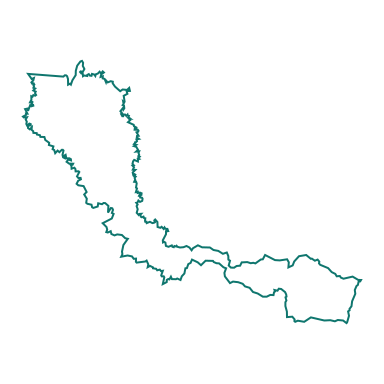 outline of Simacota, Santander, Colombia
{"feature_id": "7082276B23546148362682", "entity_name": "Simacota", "entity_type": "district", "adm_level": 2, "iso_a3": "COL", "parent_name": "Colombia", "parent_adm1": "Santander", "projection": "mercator", "projection_center": [-73.674, 6.657], "detail": "fine", "context": "isolated", "style": "outline", "palette": "teal", "viewbox_px": 384, "rotation_deg": 0, "n_neighbors": 0, "source": "geoboundaries", "source_scale": "gbopen_adm2", "svg_char_len": 5902}
<svg xmlns="http://www.w3.org/2000/svg" viewBox="0 0 384 384"><path d="M28.1,73.9L31.7,79.0L33.9,78.0L33.3,80.4L31.4,82.4L32.2,83.7L33.6,83.3L34.3,84.6L33.5,85.3L34.0,86.4L33.4,87.8L35.2,88.5L33.3,90.5L35.7,91.6L35.0,93.1L36.1,95.0L35.2,95.7L33.3,95.1L32.5,96.7L31.3,96.2L31.4,99.7L30.0,102.4L31.5,102.5L32.8,101.3L31.4,104.3L33.1,104.8L33.3,105.7L31.3,106.3L30.1,105.4L28.0,110.9L27.8,108.5L25.1,109.1L27.4,113.6L26.0,113.5L26.2,114.8L23.0,116.6L23.9,117.5L27.0,117.2L25.7,119.5L26.8,121.7L26.3,123.9L27.0,125.4L29.4,123.6L30.7,124.1L30.7,125.4L27.9,125.8L28.0,128.0L29.7,129.3L31.8,127.3L31.5,129.7L33.2,131.2L33.4,132.9L36.7,133.1L36.9,134.5L39.9,135.2L40.4,136.9L44.4,137.0L45.3,140.0L49.2,142.8L48.9,145.0L53.4,146.4L52.6,149.2L54.2,150.0L55.2,153.2L57.6,150.6L59.4,152.2L61.8,149.8L62.8,149.8L63.5,150.5L62.5,154.9L63.1,157.3L64.6,158.1L64.5,155.5L65.6,154.8L66.3,158.3L69.4,158.3L70.9,159.2L71.0,160.4L68.3,159.5L66.6,161.8L69.1,163.6L73.1,163.7L72.6,164.7L70.5,164.6L71.4,165.9L71.6,168.7L74.4,167.7L75.4,169.0L75.6,171.4L78.6,171.3L79.3,172.0L77.0,176.4L78.4,178.0L80.6,177.9L80.9,179.3L78.2,180.7L76.6,183.8L78.3,185.3L83.6,186.1L86.6,192.0L84.2,194.5L86.8,198.7L86.2,202.8L87.4,203.8L91.5,204.7L92.1,207.2L93.3,207.9L97.7,206.5L98.2,203.3L102.0,204.2L103.6,203.0L105.2,203.1L108.4,205.9L108.0,212.6L110.9,208.0L112.3,208.3L113.0,209.9L111.9,213.0L113.6,213.9L111.8,218.5L102.7,223.2L106.5,227.0L107.2,229.6L106.3,232.1L107.8,232.5L110.7,231.2L111.4,234.0L114.5,235.4L117.2,234.4L121.9,235.0L125.2,238.2L127.8,238.8L123.4,245.0L122.0,251.6L122.4,254.2L121.2,256.7L127.6,255.5L132.0,256.4L133.7,258.8L136.0,258.6L135.9,261.8L136.6,262.6L145.3,261.5L146.6,260.6L148.3,264.4L147.7,267.2L150.0,265.9L153.0,267.4L153.0,268.3L156.1,268.8L157.2,270.3L159.8,269.6L161.0,271.1L162.8,270.8L161.2,275.4L161.8,276.4L163.7,276.3L164.3,277.3L162.8,284.1L166.7,282.1L166.8,279.9L168.3,279.0L169.4,279.4L170.9,276.7L171.9,279.1L176.0,279.2L177.2,278.5L180.5,280.0L181.8,276.3L184.4,273.5L185.4,268.3L186.9,268.1L188.3,264.1L190.6,262.9L192.0,259.6L197.7,262.3L201.0,265.2L205.6,260.7L213.0,260.9L213.7,262.0L216.4,263.2L219.1,263.4L223.5,267.3L226.1,268.3L224.4,272.9L224.9,276.4L230.0,283.1L233.0,281.6L238.2,282.2L242.7,283.8L245.0,286.4L249.6,287.8L253.0,292.0L257.7,293.5L262.9,296.7L266.7,296.7L270.3,294.9L273.5,295.1L274.0,292.3L275.0,291.5L274.5,290.0L277.5,290.7L278.8,288.7L281.2,289.0L285.1,292.1L286.2,294.5L286.5,296.6L285.5,297.3L286.4,300.5L285.4,302.2L285.4,306.1L286.9,311.6L287.0,317.1L292.3,316.7L294.6,319.4L294.4,321.1L295.2,321.8L297.8,320.7L304.2,321.8L310.9,317.4L324.3,320.5L330.3,320.2L334.9,321.3L337.8,320.0L343.1,320.5L346.5,323.1L347.1,322.4L349.0,315.8L348.1,311.4L349.6,310.3L349.5,308.9L351.5,306.2L352.1,301.3L355.3,293.8L354.8,290.0L356.5,286.0L357.9,284.9L358.6,281.6L360.2,281.4L361.0,280.0L358.2,279.9L352.6,276.6L343.5,278.7L340.9,277.6L339.8,276.0L336.7,276.3L335.3,273.9L331.7,272.1L328.1,268.1L320.2,264.8L319.0,263.4L319.3,261.6L317.6,259.6L314.9,260.7L311.8,258.6L310.8,258.8L306.2,255.0L299.0,256.2L294.2,261.5L292.7,265.4L288.4,267.4L288.8,262.3L287.1,259.3L279.8,260.4L275.0,260.1L265.1,255.0L262.8,259.3L260.8,259.5L255.4,263.4L253.3,262.8L250.7,263.2L247.3,262.1L241.7,262.4L240.1,265.7L236.6,266.0L234.1,267.7L230.9,267.6L228.7,265.5L230.0,260.7L228.4,259.6L228.3,256.0L226.8,252.5L222.9,253.8L218.3,250.9L213.5,250.0L209.9,247.5L202.1,247.3L197.9,245.3L193.0,248.2L191.6,250.3L189.4,247.5L186.5,246.0L183.5,247.2L180.0,247.5L177.4,246.8L176.6,245.8L176.0,246.5L174.4,246.0L173.8,247.2L172.4,246.8L171.8,245.4L168.5,246.8L165.9,245.9L165.4,242.6L164.1,241.8L163.0,242.4L162.8,240.3L166.0,234.2L166.0,231.6L167.7,231.2L167.0,230.6L167.9,230.3L167.4,228.9L165.4,228.8L164.5,227.4L163.6,228.9L161.6,226.8L160.3,227.8L157.6,227.0L157.4,222.0L155.2,219.5L154.3,220.4L154.9,222.3L153.9,222.8L152.4,223.1L149.9,221.8L146.7,223.1L146.4,221.7L145.3,221.8L145.0,220.9L145.3,218.3L144.1,218.1L143.5,216.6L141.9,217.3L140.8,216.7L140.4,214.7L141.2,213.8L139.5,213.9L138.7,215.0L136.7,212.8L137.7,209.2L136.6,206.1L137.6,204.6L136.3,202.8L137.5,202.5L138.4,200.5L140.0,201.9L142.2,200.9L142.6,198.8L142.1,197.8L140.2,197.5L140.3,196.3L139.0,195.9L139.7,194.6L141.4,194.8L141.6,193.3L140.0,192.6L137.7,193.0L137.8,191.7L135.9,192.1L137.0,188.4L136.0,187.6L136.7,183.5L136.2,182.0L134.2,181.8L134.7,180.7L135.7,181.5L134.6,177.8L135.6,176.7L134.2,176.1L135.3,174.7L134.5,174.1L133.2,174.7L132.7,172.5L135.3,169.9L132.8,169.7L134.0,167.3L132.5,165.6L133.8,165.3L132.5,163.7L133.1,161.3L134.2,159.9L137.9,161.5L138.0,159.4L139.2,159.0L138.0,158.2L139.7,156.7L138.4,156.0L139.2,154.9L138.5,152.9L139.2,151.3L136.1,151.6L138.0,149.8L136.3,146.9L134.0,146.1L136.2,144.8L134.0,144.1L135.3,142.6L134.2,142.4L135.8,142.3L137.0,141.2L136.4,139.4L138.9,138.9L136.8,137.5L137.0,136.0L138.6,135.8L136.5,132.3L138.2,131.7L138.5,130.7L137.8,129.8L134.6,129.7L134.8,128.4L136.4,128.9L136.5,127.6L134.0,126.2L133.7,124.8L128.0,122.2L130.2,120.1L128.6,118.3L130.1,118.5L128.4,117.2L128.9,115.9L127.7,115.5L127.5,114.6L126.3,115.9L125.0,114.5L123.5,114.7L123.2,116.2L122.3,116.2L121.1,114.0L122.2,113.4L120.4,111.2L123.2,107.7L123.5,109.5L124.3,108.3L124.0,105.7L122.7,105.1L123.6,103.9L123.2,101.7L124.1,102.6L124.6,101.7L123.7,95.8L127.4,93.8L126.6,91.1L129.9,90.9L129.2,87.9L127.1,89.9L122.6,89.5L120.2,91.2L115.0,86.6L112.7,83.3L112.8,81.7L110.7,81.2L107.7,82.4L106.4,80.9L106.0,82.3L104.6,78.9L102.7,78.4L102.8,76.2L100.6,76.9L101.2,74.4L103.9,72.5L102.7,71.4L101.0,73.5L99.6,71.7L97.8,73.6L95.8,74.3L95.3,76.0L94.2,74.5L92.0,73.9L91.5,75.8L89.9,75.6L88.8,74.1L87.2,75.0L87.2,76.0L84.1,75.5L83.0,76.2L82.7,73.3L81.4,73.5L80.1,72.0L80.6,71.4L82.8,71.8L84.4,69.0L82.8,65.9L83.1,62.8L82.0,60.9L80.4,61.5L77.2,65.7L75.8,70.8L75.7,75.1L72.4,80.3L70.9,84.6L70.0,83.7L68.1,84.7L68.0,79.0L67.1,76.2L66.0,75.3L64.8,75.3L63.4,76.6L28.1,73.9Z" fill="none" stroke="#0f766e" stroke-width="2"/></svg>